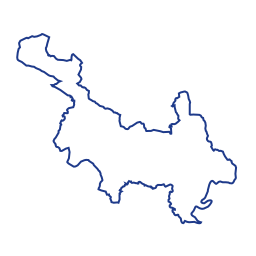 Pho Yen, Thái Nguyên, Vietnam (Mercator projection), rotated 355°
{"feature_id": "81297802B3855346019179", "entity_name": "Pho Yen", "entity_type": "district", "adm_level": 2, "iso_a3": "VNM", "parent_name": "Vietnam", "parent_adm1": "Thái Nguyên", "projection": "mercator", "projection_center": [105.815, 21.451], "detail": "fine", "context": "isolated", "style": "outline", "palette": "blue", "viewbox_px": 256, "rotation_deg": 355, "n_neighbors": 0, "source": "geoboundaries", "source_scale": "gbopen_adm2", "svg_char_len": 5863}
<svg xmlns="http://www.w3.org/2000/svg" viewBox="0 0 256 256"><g transform="rotate(355 128 128)"><path d="M65.7,158.2L70.5,161.7L71.8,161.8L72.7,161.6L74.6,160.8L78.2,157.4L81.7,156.3L83.5,156.1L85.9,156.5L86.3,157.4L90.2,160.5L90.8,162.1L94.0,166.0L95.1,168.0L95.9,168.6L96.7,170.8L96.6,172.1L97.5,174.7L98.0,177.7L97.8,178.1L96.0,179.6L95.1,181.3L95.0,182.6L94.6,184.0L93.6,185.4L93.3,186.5L96.0,187.9L100.3,189.4L101.2,192.6L103.3,192.6L103.3,193.6L104.8,195.1L104.8,195.7L104.2,196.8L104.9,198.9L105.1,200.4L107.3,201.2L110.9,201.2L112.0,201.6L113.4,198.4L113.7,193.8L114.2,193.2L113.9,192.4L114.7,191.8L115.1,191.1L116.1,190.6L114.7,189.8L114.3,189.4L114.5,189.1L115.8,188.1L116.3,186.9L117.4,186.5L118.0,185.8L119.4,185.7L120.0,184.3L121.0,184.3L121.3,183.6L121.1,183.2L122.5,184.0L123.1,183.2L123.0,182.8L123.4,182.1L124.4,181.0L125.1,181.5L126.3,181.6L126.2,182.2L127.1,183.0L129.0,182.9L131.2,183.7L132.3,183.8L133.0,184.3L133.5,184.2L133.8,182.9L134.5,182.6L135.4,182.8L137.4,184.7L139.3,185.7L139.5,186.8L140.7,186.5L142.5,187.7L144.3,188.3L145.1,188.2L145.6,188.9L146.1,188.6L146.4,189.0L146.3,189.4L147.2,189.7L147.1,190.4L147.4,190.7L150.2,190.1L150.8,189.4L151.2,188.2L152.9,187.3L156.3,187.7L158.7,187.2L159.8,189.3L160.4,189.7L165.0,188.0L165.7,188.1L167.0,189.0L167.4,189.7L166.6,192.4L167.1,194.1L167.0,194.9L166.6,195.3L165.8,195.6L164.8,195.1L164.2,195.4L163.9,195.8L163.9,197.3L162.9,199.5L163.2,202.0L162.1,203.1L162.0,204.8L163.6,205.9L164.3,207.3L164.1,207.7L162.8,208.7L162.7,210.0L163.3,210.8L165.4,211.4L167.6,212.8L167.6,213.5L166.9,213.4L165.6,212.8L165.1,214.0L165.2,215.4L166.2,216.5L166.6,217.9L167.2,218.7L168.1,219.1L170.1,218.7L170.5,218.9L170.8,220.4L172.7,222.7L172.9,225.3L173.4,226.7L173.9,227.3L174.7,227.6L175.4,227.2L176.2,225.9L176.6,225.5L178.6,226.6L180.6,227.2L185.9,227.3L188.7,228.6L190.6,229.1L191.9,229.0L192.3,228.6L192.5,228.3L191.1,227.8L189.1,226.4L187.0,222.8L184.7,221.1L184.0,220.3L183.7,219.4L183.8,218.6L186.3,216.0L188.2,212.6L188.6,212.2L189.6,212.2L192.3,214.1L193.7,214.7L194.8,215.0L196.5,214.9L200.9,213.3L202.8,211.6L204.5,209.5L204.9,208.6L204.9,207.9L204.2,207.3L202.9,207.2L201.1,207.5L197.5,209.6L196.4,209.5L195.2,208.9L194.7,208.4L194.6,207.8L195.0,206.9L195.6,206.2L197.5,205.2L198.8,204.1L202.0,198.0L202.2,196.7L204.1,191.4L205.2,189.4L206.3,188.3L207.2,188.0L208.0,188.3L210.1,190.7L210.9,191.3L212.0,190.8L213.6,189.6L215.2,189.3L217.6,190.3L220.8,190.6L223.4,191.1L224.5,191.8L226.6,192.2L227.4,192.0L228.5,190.9L229.6,189.0L230.8,187.8L231.1,186.9L231.0,183.0L232.2,176.9L231.7,175.0L228.8,172.5L228.3,171.3L228.3,170.0L227.2,169.1L226.6,168.3L226.1,168.1L225.0,168.5L224.3,168.3L222.2,164.8L221.1,162.1L220.5,159.8L218.4,158.8L216.8,158.8L215.2,157.5L214.1,157.4L213.2,156.9L212.4,157.0L211.5,158.0L210.8,157.3L209.2,153.9L210.0,152.9L209.9,151.1L209.5,149.4L208.8,148.8L207.4,148.5L206.6,148.0L205.7,146.5L205.7,145.1L207.0,142.8L206.3,140.8L205.8,138.3L205.3,137.7L205.1,136.3L205.0,135.1L205.7,132.5L205.5,129.4L204.9,127.8L203.9,126.6L203.7,124.5L202.4,123.8L201.6,122.0L200.2,121.1L194.4,120.3L191.2,120.2L190.7,119.7L191.6,109.5L192.1,108.0L191.8,106.4L191.0,104.3L190.8,101.3L190.3,98.5L189.8,97.7L188.0,96.6L187.1,96.6L183.5,97.2L181.7,98.0L181.8,101.4L179.9,102.4L179.5,102.6L178.8,102.4L178.2,102.7L177.6,103.6L177.6,104.9L175.6,107.0L174.5,109.4L173.7,109.9L174.3,110.4L176.4,109.5L176.3,111.2L177.1,116.4L178.0,117.6L178.4,119.0L179.2,119.9L179.2,120.8L178.8,122.9L179.1,123.8L180.0,124.8L178.5,126.1L175.8,127.9L174.5,128.2L172.6,127.9L171.6,128.0L171.3,128.6L171.5,129.9L169.9,129.3L169.3,130.7L170.8,131.9L170.7,136.3L170.6,137.4L170.3,137.5L169.7,137.3L169.5,136.5L168.7,135.4L162.8,135.2L159.8,134.0L153.4,132.1L150.8,132.9L146.0,132.6L145.6,131.4L145.4,130.0L144.5,129.3L144.2,128.5L144.2,126.1L143.8,125.1L141.9,124.8L140.9,123.2L140.4,123.0L137.7,123.4L132.2,126.4L130.3,126.8L129.5,127.4L128.3,128.8L127.5,129.1L126.0,128.8L125.3,128.4L123.8,126.6L122.7,126.1L121.0,125.6L120.1,120.1L120.4,119.0L120.5,117.1L121.4,114.3L119.8,113.6L118.5,112.2L117.7,112.2L116.9,111.5L115.3,111.3L114.0,109.4L111.8,107.7L109.3,106.7L107.1,106.8L106.1,106.1L105.4,104.8L101.8,103.5L99.5,101.1L98.2,100.4L97.3,98.9L95.2,98.1L94.2,97.2L91.9,95.7L91.5,95.1L91.4,91.1L92.0,89.9L92.3,87.7L90.4,86.5L89.1,84.4L87.7,83.6L87.4,83.8L86.0,83.3L84.6,81.5L83.0,81.4L81.3,79.3L83.9,78.1L85.9,75.2L85.6,73.8L83.3,70.5L86.3,65.6L86.7,63.1L85.9,62.1L85.7,61.1L86.6,60.0L87.9,59.1L86.3,56.3L84.4,54.8L79.9,49.7L79.1,49.9L78.5,50.5L77.9,52.5L77.6,55.2L77.3,55.6L76.4,55.1L72.9,55.8L69.5,54.7L64.0,53.9L62.4,52.7L60.5,49.9L58.6,49.5L57.1,49.8L56.2,48.7L55.7,49.0L55.1,48.9L54.8,48.5L54.9,47.9L54.5,46.7L53.4,44.4L53.1,42.5L53.2,41.1L54.0,39.9L55.1,36.5L57.4,30.7L51.9,27.4L50.6,26.9L49.2,27.7L45.4,28.8L42.5,29.0L40.5,28.2L36.3,29.9L35.2,29.3L33.9,29.6L28.4,31.7L27.0,33.7L26.9,34.6L27.4,38.2L25.9,39.7L24.7,43.4L23.8,47.9L23.9,49.8L24.3,50.6L25.1,51.3L28.0,53.0L32.2,57.0L34.4,57.2L37.7,58.4L39.7,58.8L41.7,60.4L45.2,62.2L47.1,63.8L49.2,64.8L53.5,68.5L55.0,69.3L58.3,70.2L59.3,71.6L62.2,74.4L64.7,75.5L63.1,76.0L60.5,77.9L59.4,77.9L57.9,78.8L55.7,78.6L56.4,79.8L58.7,80.7L64.0,84.3L70.8,90.2L72.9,90.6L73.2,90.9L73.4,91.9L73.9,91.5L74.3,91.6L75.5,94.0L75.5,94.4L74.7,94.7L74.4,95.5L75.0,96.1L76.2,95.8L76.9,96.0L76.8,97.3L76.4,98.2L76.4,100.1L75.3,102.5L71.0,103.0L69.6,103.8L68.8,104.8L69.5,106.6L69.2,107.9L68.8,108.0L65.8,107.5L65.1,108.8L63.9,109.8L64.1,110.8L65.0,110.7L65.7,111.0L65.9,111.4L65.9,113.0L65.2,114.1L63.6,115.1L62.6,114.6L62.1,115.1L60.9,117.5L61.6,118.2L61.8,118.9L61.0,119.5L60.0,123.6L58.6,124.8L58.4,126.7L55.2,131.2L53.7,132.6L52.7,134.4L52.9,135.3L54.5,137.9L54.3,138.3L54.8,140.2L55.3,140.6L56.5,140.9L57.9,142.1L58.6,144.9L60.0,145.1L64.4,143.1L67.1,142.6L67.7,146.9L66.5,153.0L64.6,156.4L64.6,156.9L65.7,158.2Z" fill="none" stroke="#1e3a8a" stroke-width="2"/></g></svg>